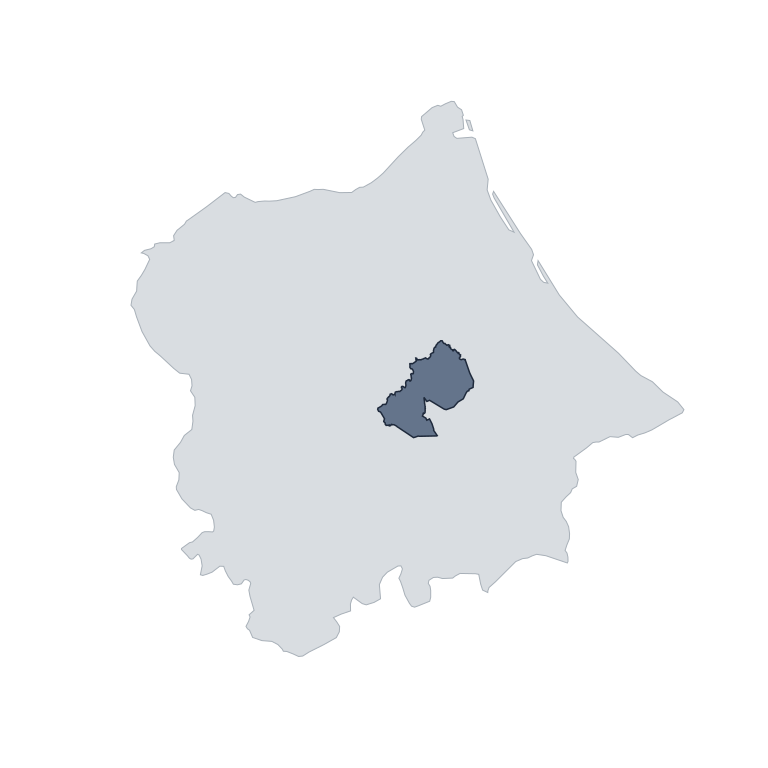 location of Marahoue, Marahoué, Ivory Coast, rotated 243°
{"feature_id": "98640826B99867209198649", "entity_name": "Marahoue", "entity_type": "district", "adm_level": 2, "iso_a3": "CIV", "parent_name": "Ivory Coast", "parent_adm1": "Marahoué", "projection": "albers", "projection_center": [-5.732, 7.127], "detail": "fine", "context": "in_parent", "style": "filled", "palette": "slate", "viewbox_px": 768, "rotation_deg": 243, "n_neighbors": 0, "source": "geoboundaries", "source_scale": "gbopen_adm2", "svg_char_len": 9426}
<svg xmlns="http://www.w3.org/2000/svg" viewBox="0 0 768 768"><g transform="rotate(243 384 384)"><path d="M191.6,173.0L193.9,173.0L200.0,171.2L205.6,167.2L210.8,158.7L217.8,151.9L225.6,152.4L227.9,151.2L230.7,151.0L233.9,155.5L237.2,158.9L239.6,159.0L241.3,165.5L255.6,168.2L261.7,170.0L266.8,174.7L268.6,174.9L270.8,173.9L272.5,172.2L272.9,170.4L270.7,166.2L271.6,162.3L274.0,158.9L277.6,158.7L283.2,157.8L289.5,157.8L294.3,158.4L296.2,155.0L294.4,145.4L294.9,140.1L295.7,135.6L297.4,133.8L304.5,139.4L311.0,141.5L315.6,141.6L316.9,140.6L314.9,134.4L315.5,132.6L317.2,131.5L320.2,130.9L328.5,128.4L329.4,128.9L330.9,138.6L330.2,141.7L331.9,148.3L334.1,154.4L333.9,156.9L332.1,160.6L330.0,164.1L330.3,165.5L333.5,167.9L339.9,170.3L346.4,170.9L350.0,167.3L353.8,164.4L356.4,161.9L357.3,158.1L361.5,155.3L373.3,151.8L384.2,151.2L386.8,152.3L391.7,157.7L398.0,161.3L407.5,160.8L414.4,163.0L420.4,167.1L424.4,176.2L428.8,182.7L430.7,192.1L437.6,196.9L443.0,199.2L450.4,205.9L458.0,209.4L465.8,208.5L469.5,212.1L475.4,214.6L481.2,214.7L486.4,206.9L493.2,203.8L510.4,197.5L517.2,194.6L524.1,192.8L540.6,192.2L556.1,194.0L563.7,195.4L569.0,194.3L574.0,198.0L579.1,205.8L583.4,208.3L587.7,210.9L590.9,217.1L594.7,223.1L596.8,225.8L601.4,231.8L605.4,231.9L609.3,229.3L611.0,227.3L611.8,231.3L610.3,237.7L610.6,241.7L612.8,243.2L611.6,248.4L607.1,257.2L607.2,262.3L611.7,263.9L614.9,269.4L616.9,278.8L618.9,281.9L619.1,283.8L622.5,306.5L626.7,329.3L624.2,332.3L620.7,333.2L618.4,334.3L617.7,336.4L619.3,339.5L618.3,342.4L613.9,344.4L604.3,351.7L603.7,354.6L601.2,360.8L599.1,364.6L596.0,371.6L591.1,390.1L589.3,405.5L589.1,410.2L587.2,413.5L585.0,418.3L574.6,431.4L569.3,442.2L570.1,446.9L570.3,451.6L568.8,454.9L569.1,464.0L570.4,471.6L572.3,479.1L580.1,500.1L584.1,512.9L586.6,523.2L588.8,530.1L590.8,532.9L591.7,535.6L603.0,537.4L605.2,538.9L608.4,552.3L607.9,558.4L605.7,560.7L605.8,565.9L605.3,572.3L603.7,574.8L597.3,575.2L593.1,577.6L587.4,576.7L586.9,575.1L583.8,574.5L575.4,571.0L576.7,559.3L572.8,558.8L569.8,560.4L564.0,574.4L561.1,576.8L519.2,569.8L510.1,564.0L499.3,562.7L480.3,563.5L464.7,565.2L460.2,568.8L499.7,566.6L503.9,567.0L505.9,569.1L456.0,573.9L436.9,576.7L431.3,575.9L427.0,571.4L406.3,570.9L402.1,572.4L399.5,575.7L407.6,575.0L420.5,574.8L424.0,577.3L383.7,580.6L355.8,586.9L343.9,591.6L305.0,606.9L281.2,614.1L274.9,616.7L264.1,624.2L250.2,628.9L234.6,637.6L225.0,639.6L222.9,636.7L222.7,621.8L221.5,601.8L222.0,594.2L223.3,587.0L223.3,581.1L228.1,578.8L229.3,576.3L230.1,568.6L234.5,561.5L234.7,549.2L236.0,546.7L237.0,543.4L235.1,535.3L232.7,520.0L231.5,519.0L230.5,519.7L228.0,520.0L218.2,514.7L210.7,513.7L205.4,509.2L205.1,504.1L202.5,501.0L200.8,495.1L198.2,488.3L190.8,484.2L183.8,483.1L178.9,484.0L173.0,483.7L166.4,481.4L161.8,478.8L157.5,473.8L153.5,469.8L150.3,470.3L146.3,469.3L142.5,467.5L141.3,466.1L157.5,450.3L163.0,442.6L163.6,437.9L163.7,433.1L165.5,428.2L166.0,420.8L157.2,393.6L155.0,385.2L152.6,382.7L151.1,381.8L155.6,378.3L161.8,379.3L171.4,382.0L173.4,379.4L180.7,365.7L180.6,360.6L179.9,357.1L184.1,347.8L187.5,344.1L189.2,340.2L188.7,334.9L186.2,332.9L182.9,333.2L178.9,331.9L172.8,328.8L169.7,326.1L170.8,313.7L171.3,309.9L173.5,307.7L176.9,307.1L186.3,306.8L193.9,308.2L200.6,309.1L204.2,309.1L207.0,312.7L210.9,316.5L214.3,316.5L215.5,313.7L214.8,301.5L212.5,295.0L207.4,288.8L194.2,283.4L193.9,276.0L195.3,267.9L198.2,264.9L208.0,259.9L206.3,257.1L203.2,254.2L197.0,251.2L198.4,241.5L198.8,232.9L193.5,233.9L188.1,234.4L183.5,231.7L179.7,226.4L179.1,212.1L179.2,195.5L178.5,188.1L180.0,184.2L184.6,180.6L189.8,176.0L191.6,173.0ZM582.0,576.9L579.8,580.1L569.2,578.1L571.7,575.5L582.0,576.9Z" fill="#d9dde1" stroke="#a8b0b8" stroke-width="1"/><path d="M376.8,407.3L376.5,406.6L376.5,406.1L376.7,405.6L376.7,405.3L376.6,405.1L376.4,404.9L375.6,404.1L375.0,403.7L374.5,403.5L373.2,403.1L372.7,402.8L371.7,401.9L371.5,401.7L371.3,401.5L371.1,401.1L371.2,400.9L371.4,400.8L372.2,400.3L373.0,400.0L373.4,399.6L373.6,399.1L373.7,398.8L373.6,398.6L373.5,398.3L373.3,398.1L372.7,397.8L372.3,398.1L372.1,398.1L371.5,397.9L371.2,397.8L371.1,397.6L370.7,397.1L370.5,396.6L370.5,396.3L370.4,395.3L370.1,394.7L370.3,394.3L370.7,393.9L370.8,393.7L371.0,392.8L371.1,392.4L371.4,392.0L371.5,391.6L371.6,390.8L371.6,390.3L371.4,390.1L370.9,389.8L370.5,389.5L369.8,389.1L370.0,389.1L370.2,388.9L370.2,388.7L370.0,387.9L370.1,387.3L370.2,387.1L370.7,386.8L370.9,386.8L371.4,386.7L371.6,386.4L371.9,386.3L371.9,386.1L372.0,385.8L371.9,385.7L371.9,385.4L372.0,385.2L372.1,384.8L371.5,384.4L371.3,384.3L371.1,384.2L370.9,383.7L370.7,383.3L370.5,383.1L370.4,382.9L370.5,382.2L370.1,381.8L370.0,381.3L370.0,381.1L369.7,380.4L369.4,380.2L369.2,379.8L368.9,379.8L368.4,379.9L367.6,379.5L367.2,379.0L366.8,378.7L365.8,377.5L365.6,377.4L365.5,377.0L365.1,376.5L365.0,376.3L365.1,376.0L365.6,375.4L365.8,374.7L366.3,373.6L366.2,373.2L365.7,372.4L365.6,372.1L365.6,371.9L365.5,371.4L365.4,371.2L365.4,370.9L365.4,370.0L365.3,369.6L365.3,369.2L365.3,368.6L365.3,367.7L365.2,367.6L364.8,367.4L364.5,367.0L364.4,366.9L363.4,366.8L363.2,366.9L362.6,366.8L362.1,366.8L361.8,367.2L361.1,367.7L360.9,368.0L360.4,368.2L359.8,368.2L359.3,368.3L359.1,368.3L358.9,368.4L358.2,368.3L357.6,368.5L356.6,368.4L355.2,368.6L354.5,368.6L354.1,368.6L353.7,368.6L352.8,368.7L352.7,368.6L352.4,368.2L352.0,368.0L351.3,367.2L351.1,367.1L350.9,366.8L350.6,366.7L349.7,367.0L349.2,367.3L348.5,367.2L347.4,366.8L346.6,367.1L346.2,367.1L346.1,367.3L346.1,367.6L345.8,367.8L345.4,369.0L344.9,369.6L344.9,369.8L345.1,370.1L344.9,370.2L344.8,369.7L344.6,369.6L344.3,369.6L344.2,369.8L343.9,371.0L344.0,371.2L344.5,371.8L344.6,372.1L344.3,372.2L344.3,372.3L344.4,372.6L344.2,372.8L344.0,373.0L343.7,373.2L343.7,373.6L343.1,374.4L343.1,374.5L340.6,376.2L340.2,376.2L322.8,386.0L322.5,387.7L322.1,390.8L321.3,391.9L313.8,407.4L313.8,408.0L320.2,407.2L321.1,407.8L326.8,408.7L332.2,408.7L332.3,405.7L334.6,405.8L338.0,403.7L338.5,404.4L338.9,404.7L339.3,405.3L339.7,405.4L340.1,405.6L340.2,405.9L339.6,406.2L339.5,406.3L339.5,406.8L339.8,407.4L340.1,407.7L340.2,407.8L340.3,407.9L341.2,408.3L341.9,408.8L342.4,409.0L342.6,409.1L343.1,409.2L343.4,409.7L343.9,409.7L344.2,409.8L344.4,410.0L344.7,410.1L344.9,410.4L346.0,410.6L347.8,411.3L348.6,411.4L349.9,412.2L350.1,412.3L350.5,412.2L350.9,412.4L351.4,412.6L352.9,413.1L353.2,413.3L354.0,413.5L349.0,414.3L348.8,417.2L334.3,426.2L332.9,427.8L331.9,435.7L334.4,441.8L334.8,447.9L338.7,453.0L339.7,454.8L339.7,455.4L339.7,455.7L339.7,455.9L339.4,456.3L339.4,456.5L339.7,456.8L340.6,457.4L340.7,457.6L340.5,461.8L342.7,463.1L346.0,465.2L349.0,465.3L349.6,465.2L349.9,465.3L351.6,465.3L355.0,465.4L367.1,467.1L368.6,467.3L368.8,467.4L369.0,466.8L369.2,466.7L369.6,466.7L369.8,466.6L370.2,466.0L370.4,465.6L370.5,464.3L370.6,463.9L371.2,463.3L372.2,462.7L372.3,462.7L372.6,462.9L373.2,463.2L373.4,463.4L373.5,464.3L373.6,464.5L374.0,464.7L374.2,464.9L374.4,464.9L374.6,464.8L375.0,465.2L375.2,465.4L375.3,465.3L375.6,465.1L376.1,464.9L376.7,464.6L376.9,464.5L377.2,464.6L377.3,464.7L377.9,464.9L378.1,464.8L378.0,464.5L377.9,464.0L378.2,464.0L378.7,463.9L379.6,463.4L380.8,463.3L381.3,463.2L382.8,462.6L383.0,462.3L382.9,462.1L382.1,461.0L382.2,460.6L382.3,460.5L382.4,460.4L382.8,460.4L383.3,460.7L383.5,460.4L384.7,459.7L385.1,459.4L385.3,459.4L385.6,459.4L386.0,459.6L386.3,459.9L386.6,459.8L387.0,459.7L387.0,459.4L387.0,459.2L387.6,458.9L387.9,459.0L388.1,459.2L388.2,459.5L388.2,459.9L388.3,460.0L388.7,460.1L389.1,459.5L389.8,459.2L389.9,458.9L389.9,458.2L389.8,457.8L389.8,457.7L390.1,457.5L390.8,457.3L391.7,456.8L392.4,456.8L392.5,456.7L392.7,456.4L392.8,455.9L393.0,455.7L394.2,455.4L394.8,455.5L395.7,455.5L396.0,455.5L396.1,455.4L396.4,454.9L396.7,454.4L396.8,454.2L396.3,452.5L396.3,451.4L396.3,451.0L396.1,450.6L395.7,449.9L395.2,448.8L395.0,448.6L395.0,448.4L395.0,448.2L394.5,447.7L394.1,447.2L393.9,446.7L393.5,446.7L393.5,445.7L393.4,445.2L392.7,444.4L391.7,443.6L391.3,443.2L390.8,443.1L390.4,442.8L389.8,442.6L389.7,442.5L389.6,442.1L389.8,441.0L389.5,439.6L389.6,439.3L389.5,439.0L389.1,438.6L388.4,438.6L387.9,438.4L387.7,438.2L387.1,437.2L386.8,436.6L386.8,436.4L386.8,435.8L386.7,435.6L386.5,435.4L386.3,435.0L386.3,434.7L386.4,434.3L386.6,434.1L386.8,434.0L387.0,433.8L387.2,433.5L387.5,433.3L388.1,433.1L388.4,433.0L388.4,432.4L388.6,431.4L388.5,430.5L388.8,428.9L388.8,428.6L388.7,428.3L388.8,427.8L389.1,427.6L389.2,427.0L389.5,426.7L389.8,426.4L389.8,425.8L390.1,425.4L390.1,425.1L390.2,424.9L390.3,424.8L390.8,424.8L391.0,424.5L391.3,424.5L391.6,424.5L391.9,424.8L392.0,424.8L392.6,424.3L392.7,424.1L392.2,424.0L391.9,423.8L391.7,423.8L391.4,423.7L391.2,423.5L390.5,423.3L390.0,423.3L389.7,423.0L389.7,422.8L389.6,422.3L389.6,421.8L389.4,421.3L389.4,420.5L389.2,420.1L389.2,419.7L389.2,419.2L389.2,418.5L389.2,418.3L389.6,418.0L389.7,417.9L389.7,417.5L390.3,416.6L390.4,416.4L390.2,416.1L389.2,415.8L388.1,415.2L387.4,414.8L386.9,414.6L386.6,414.7L385.4,414.8L385.2,415.1L385.1,415.5L384.8,415.8L384.6,415.9L384.0,415.9L383.4,416.1L382.5,416.0L382.1,416.0L381.9,416.0L381.6,415.9L380.5,415.1L380.0,414.9L379.9,414.7L380.0,414.2L380.7,413.5L380.7,413.4L380.7,412.7L380.6,412.3L380.4,412.2L379.8,412.0L379.1,412.0L377.8,411.3L377.2,411.3L376.7,411.2L376.1,410.6L375.4,410.1L374.9,409.6L374.7,408.8L374.9,408.4L375.2,408.2L375.6,408.2L375.8,408.3L376.0,408.5L376.4,408.4L376.6,408.2L376.6,407.8L376.8,407.3Z" fill="#64748b" stroke="#1e293b" stroke-width="1.5"/></g></svg>